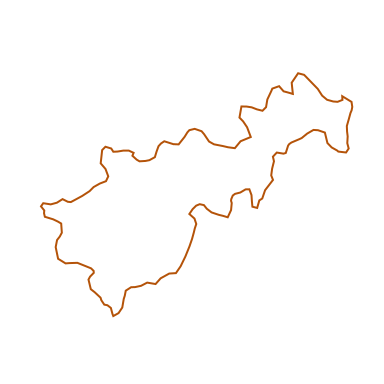 Alaminos, Larnaca, Cyprus, rotated 281°
{"feature_id": "46923920B78636807865275", "entity_name": "Alaminos", "entity_type": "district", "adm_level": 2, "iso_a3": "CYP", "parent_name": "Cyprus", "parent_adm1": "Larnaca", "projection": "mercator", "projection_center": [33.448, 34.798], "detail": "fine", "context": "isolated", "style": "outline", "palette": "amber", "viewbox_px": 384, "rotation_deg": 281, "n_neighbors": 0, "source": "geoboundaries", "source_scale": "gbopen_adm2", "svg_char_len": 2378}
<svg xmlns="http://www.w3.org/2000/svg" viewBox="0 0 384 384"><g transform="rotate(281 192 192)"><path d="M328.8,273.5L318.3,269.0L314.0,270.3L307.5,272.3L307.5,271.9L307.7,270.6L308.1,265.8L308.3,262.7L312.5,257.3L308.8,251.1L306.3,250.6L297.2,248.3L289.4,248.5L285.2,245.7L285.5,240.0L286.5,234.4L286.3,229.4L285.4,224.2L274.1,224.4L271.1,228.7L266.1,233.7L257.2,239.2L251.1,230.0L243.2,225.7L242.8,218.8L243.0,213.6L243.0,204.5L244.8,199.1L251.1,192.8L253.5,189.8L254.5,182.6L252.2,177.6L249.7,176.1L244.7,174.2L236.2,169.8L235.4,164.6L236.5,155.1L233.7,152.3L230.6,150.4L224.9,149.5L219.1,148.9L215.1,144.1L213.6,140.4L212.1,134.6L213.2,131.5L216.2,126.6L219.3,127.2L220.6,122.0L219.5,116.6L217.5,111.2L216.5,107.1L219.3,104.4L219.9,98.4L216.0,95.8L202.7,96.9L198.1,102.7L191.4,106.8L186.2,105.5L182.7,99.9L178.1,94.5L173.3,91.3L167.2,85.0L162.5,79.3L159.0,75.0L158.7,72.0L160.3,66.3L155.7,61.4L152.9,55.7L152.6,48.1L149.1,46.5L145.7,50.5L142.9,50.8L139.6,52.3L138.7,60.9L137.4,65.9L136.1,69.6L127.2,72.0L123.0,70.7L119.1,68.7L111.9,68.7L100.9,73.3L97.8,81.5L98.9,85.6L100.6,93.0L98.9,101.9L97.8,107.5L95.8,110.5L93.9,111.0L89.5,108.1L86.3,107.1L77.3,111.2L75.1,115.5L70.8,122.4L68.4,123.7L64.7,127.4L64.7,130.6L62.7,134.5L57.3,137.1L55.2,138.4L59.1,143.0L65.3,145.6L74.1,145.4L77.3,145.8L82.5,145.8L86.9,150.4L87.8,154.3L90.2,159.9L94.5,165.3L94.7,173.8L101.3,177.7L107.6,185.2L109.3,191.7L116.9,195.0L127.4,197.8L138.1,199.9L145.9,201.0L152.4,201.5L156.8,201.7L161.4,202.3L166.4,199.5L169.9,193.6L175.3,195.9L179.4,198.7L181.5,201.9L181.4,206.2L178.4,209.7L175.7,215.1L174.7,222.6L174.5,227.0L174.0,231.9L181.7,233.8L188.8,233.1L190.8,232.0L192.5,231.9L196.3,232.7L198.4,234.6L200.7,239.5L204.8,244.1L205.6,247.8L200.3,251.0L194.2,252.6L189.1,254.1L188.8,259.0L196.6,259.7L199.0,262.2L207.7,263.4L219.3,269.2L223.4,266.6L230.2,266.2L237.8,266.6L242.1,264.7L246.9,267.7L247.1,274.5L248.2,276.6L255.9,277.5L257.6,278.3L259.5,280.1L264.3,287.2L265.9,289.4L271.3,293.9L276.1,299.4L276.7,303.9L275.7,311.1L265.9,315.6L262.4,320.6L260.4,326.6L259.6,327.9L260.1,334.7L260.2,335.7L264.6,337.5L269.6,335.1L276.3,334.2L280.9,332.7L286.3,331.4L293.1,332.0L299.8,332.5L302.6,333.1L306.1,333.1L310.9,331.4L314.7,321.2L311.1,322.1L308.3,317.7L307.8,313.4L308.3,307.0L311.4,301.4L317.2,295.8L321.3,289.9L328.4,279.7L328.8,273.5Z" fill="none" stroke="#b45309" stroke-width="2"/></g></svg>